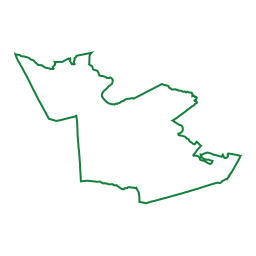 Voineasa, Olt, Romania
{"feature_id": "2599482B32059299735801", "entity_name": "Voineasa", "entity_type": "district", "adm_level": 2, "iso_a3": "ROU", "parent_name": "Romania", "parent_adm1": "Olt", "projection": "robinson", "projection_center": [24.151, 44.294], "detail": "fine", "context": "isolated", "style": "outline", "palette": "green", "viewbox_px": 256, "rotation_deg": 0, "n_neighbors": 0, "source": "geoboundaries", "source_scale": "gbopen_adm2", "svg_char_len": 5680}
<svg xmlns="http://www.w3.org/2000/svg" viewBox="0 0 256 256"><path d="M139.3,201.9L146.4,203.2L151.6,201.5L154.9,200.8L156.3,200.4L157.9,200.0L162.5,198.7L163.8,198.4L164.1,198.1L164.7,198.2L166.7,197.7L168.4,197.1L179.5,194.0L182.0,193.4L185.4,192.3L187.7,191.7L190.6,190.8L196.3,189.1L198.0,188.7L201.1,187.6L209.4,185.0L216.4,182.9L217.7,182.7L219.9,183.1L221.0,182.5L221.9,181.6L222.3,181.1L223.9,180.3L226.2,179.0L226.9,179.3L229.3,176.0L228.9,175.8L231.1,172.8L231.3,172.9L232.8,170.1L233.8,168.5L234.4,167.3L234.7,166.9L235.4,165.4L236.0,164.6L236.5,163.4L236.8,163.1L238.5,160.1L238.8,159.5L240.6,155.8L234.4,154.5L228.3,153.5L227.7,154.0L227.7,154.6L227.7,154.8L228.1,155.8L228.1,156.1L227.7,156.6L226.7,157.8L224.6,158.0L223.6,156.6L223.3,155.8L222.8,154.7L221.6,156.8L215.9,155.2L214.1,154.8L213.3,154.5L211.9,153.8L207.5,152.5L207.3,152.5L207.1,152.7L203.5,153.8L203.1,154.2L202.5,154.5L202.1,154.6L201.5,154.6L201.3,154.7L200.7,154.5L200.8,155.5L201.5,156.7L202.1,157.6L203.0,158.4L204.0,159.0L205.2,159.4L206.6,159.7L208.7,159.6L210.0,160.3L212.5,160.8L212.3,161.4L211.9,162.6L211.7,163.0L210.8,163.7L210.1,164.0L210.0,163.8L209.5,163.6L208.5,163.5L206.2,162.0L204.3,160.9L203.2,160.6L202.0,160.5L200.2,159.7L199.9,159.4L199.7,158.2L199.3,157.4L199.5,157.4L198.7,156.7L198.0,156.2L196.1,155.7L194.5,155.4L194.1,155.5L193.6,155.8L193.3,155.3L193.5,154.8L195.5,152.5L196.1,151.5L197.6,149.6L197.9,149.2L201.0,145.8L200.1,145.1L198.0,142.9L196.6,141.7L194.6,144.4L194.3,144.3L192.9,143.7L191.5,142.5L189.7,141.4L189.0,140.4L188.9,140.2L188.8,139.7L188.5,139.2L188.0,138.9L187.0,138.7L186.6,138.4L186.4,138.3L186.4,137.9L186.2,137.7L185.8,137.3L185.3,136.9L184.1,136.4L182.5,135.9L178.7,135.2L178.4,134.7L178.3,133.7L180.1,133.1L180.7,132.8L181.6,132.1L182.4,131.1L182.7,130.4L182.8,129.2L182.8,128.1L182.6,127.3L182.1,126.4L181.4,125.5L180.9,125.3L179.2,124.8L178.1,124.0L177.6,123.9L172.6,120.5L173.2,120.3L176.8,117.9L185.4,111.5L186.2,110.9L186.7,110.2L187.2,110.0L189.6,108.2L190.1,108.0L192.0,106.3L193.1,105.9L194.3,104.9L195.0,104.0L195.9,103.5L196.9,102.8L197.0,102.5L196.8,102.3L196.7,101.9L196.4,101.5L194.8,100.8L194.5,100.6L194.5,100.3L195.3,100.0L195.8,100.1L196.2,99.8L196.3,98.3L196.4,98.1L196.8,97.9L196.7,97.5L196.2,97.0L195.1,96.7L194.7,96.9L194.5,96.7L194.9,96.6L194.8,96.3L194.2,96.0L193.7,95.9L193.1,95.9L192.3,96.2L192.3,95.9L192.4,95.7L192.5,95.4L192.9,95.1L192.9,94.9L192.8,94.6L192.3,94.5L192.0,93.2L191.7,92.7L190.9,92.5L190.0,92.7L189.0,92.4L187.6,91.6L187.1,91.7L186.2,92.4L185.6,92.2L185.0,91.5L184.6,91.4L183.9,91.7L183.0,91.8L182.5,91.6L181.9,91.1L181.3,90.8L178.6,90.6L178.3,90.5L177.7,89.9L177.1,89.8L176.4,89.9L175.8,89.4L175.6,89.3L173.2,89.4L172.5,89.6L172.1,89.5L171.8,89.4L171.3,89.0L170.7,88.4L169.9,88.3L169.6,88.1L168.9,87.4L168.6,86.2L167.8,85.7L166.9,85.5L166.2,85.5L165.4,85.1L164.2,85.0L162.7,84.3L162.2,84.4L161.8,84.1L134.1,98.4L133.7,98.7L132.5,98.2L131.1,98.2L130.1,98.7L129.1,98.6L128.5,98.9L127.6,98.8L126.7,99.0L125.0,99.7L124.1,100.3L123.8,100.8L123.6,100.9L123.0,101.1L122.3,101.2L121.4,101.7L120.8,101.8L119.9,102.7L119.4,103.0L119.1,103.2L118.3,103.2L117.6,103.4L117.3,103.8L117.1,103.9L116.4,103.9L115.7,103.7L115.5,103.8L114.7,104.5L113.3,104.2L112.4,104.4L111.6,104.2L111.0,103.8L109.9,103.8L109.1,103.5L108.5,103.1L107.6,102.7L106.4,101.7L105.9,101.4L105.4,100.6L104.5,99.9L103.5,98.6L102.8,98.0L102.6,97.7L102.5,97.0L102.0,96.2L101.8,95.8L101.8,95.5L102.0,94.3L102.6,92.6L103.6,91.3L104.5,90.4L106.6,88.7L106.9,88.3L107.6,87.6L108.4,86.5L109.7,85.7L111.6,84.1L111.9,83.8L112.7,81.5L112.7,79.8L112.2,78.9L112.0,78.7L110.7,77.6L110.3,77.5L110.1,77.5L109.6,78.0L109.4,78.1L106.9,77.9L105.9,77.2L104.9,76.8L103.9,76.5L103.4,76.2L100.0,75.8L99.4,75.6L99.3,75.3L99.4,74.9L99.2,74.4L98.6,73.5L98.4,72.8L97.6,71.2L97.2,70.9L96.0,70.3L94.0,69.8L93.5,69.5L92.9,69.1L92.8,68.7L92.6,68.0L92.5,67.0L91.9,66.0L91.5,65.7L90.5,65.5L89.5,64.5L89.0,64.3L89.4,63.0L89.3,60.7L89.5,58.7L89.4,57.4L89.5,56.1L89.6,55.7L90.5,53.8L91.5,52.8L76.5,55.8L75.9,57.1L75.4,57.7L74.9,57.9L74.5,58.5L74.7,59.9L74.3,60.6L74.1,60.9L74.0,61.2L73.9,62.2L73.9,63.2L74.3,63.6L74.5,64.0L73.4,64.4L73.2,64.1L72.5,63.7L71.9,64.1L71.4,63.5L70.1,61.2L70.1,60.8L70.0,60.2L70.3,59.8L70.2,58.5L69.1,59.2L68.4,58.5L65.7,60.1L64.5,60.6L62.7,61.8L57.3,62.0L54.6,61.9L54.9,62.7L55.3,63.2L55.3,63.7L55.0,64.2L55.1,64.7L52.8,67.0L52.9,68.5L53.0,68.6L53.4,68.8L53.2,69.0L51.1,68.9L50.7,69.0L48.8,68.3L48.3,68.1L47.5,68.1L46.7,67.9L46.0,67.9L45.1,67.6L44.4,67.0L44.1,66.9L43.5,66.4L42.8,66.0L42.4,65.9L42.3,65.5L42.1,65.4L41.4,65.3L40.7,65.1L40.4,65.1L38.2,65.0L36.5,63.4L35.4,62.6L34.5,61.4L33.4,60.3L33.0,60.1L31.2,59.7L29.9,58.9L29.1,58.0L28.6,57.8L26.8,57.2L26.4,57.0L25.6,57.0L24.7,56.6L23.8,56.4L21.9,56.4L21.6,56.2L20.7,56.0L20.6,55.9L20.1,55.2L19.7,55.1L17.8,54.7L16.7,54.6L15.7,54.4L15.4,54.2L15.7,55.4L17.8,60.3L19.0,62.4L19.7,63.5L21.6,67.0L22.0,67.4L23.4,70.3L26.8,76.4L34.6,92.1L35.2,93.2L39.1,100.9L40.1,102.5L45.8,113.0L48.9,118.8L53.9,120.2L55.2,120.7L57.1,120.8L60.3,120.2L70.8,117.5L74.5,116.7L75.8,115.9L76.3,115.8L76.9,120.0L77.2,123.6L77.6,135.0L77.9,139.7L78.4,144.6L78.5,147.3L79.0,150.8L80.0,164.0L80.1,167.0L80.7,177.7L80.9,181.3L87.2,180.7L97.6,181.8L99.4,181.6L100.3,181.7L101.5,182.4L102.3,183.1L103.3,183.4L104.6,183.2L105.9,183.6L107.0,183.5L108.2,184.2L109.7,184.3L111.1,184.3L112.3,184.1L113.1,184.5L113.5,185.0L114.8,185.3L115.5,185.4L116.2,185.1L121.7,189.0L123.2,189.3L124.2,189.0L124.6,188.2L127.2,188.1L127.8,187.4L129.5,187.1L130.9,187.5L134.3,187.7L134.9,188.2L136.2,187.7L137.5,190.3L138.8,192.5L138.8,192.9L138.7,193.2L138.9,194.1L139.3,196.3L139.5,200.8L139.3,201.9Z" fill="none" stroke="#15803d" stroke-width="2"/></svg>